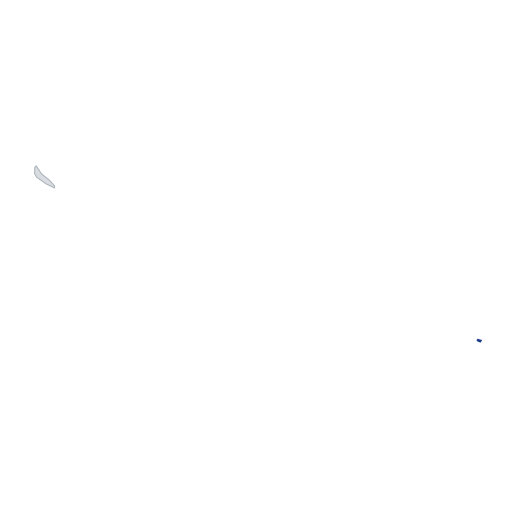 Potufale, Tuvalu shown in context, rotated 135°
{"feature_id": "33948139B14408350290705", "entity_name": "Potufale", "entity_type": "district", "adm_level": 2, "iso_a3": "TUV", "parent_name": "Tuvalu", "parent_adm1": "", "projection": "robinson", "projection_center": [178.678, -7.484], "detail": "fine", "context": "in_parent", "style": "filled", "palette": "blue", "viewbox_px": 512, "rotation_deg": 135, "n_neighbors": 0, "source": "geoboundaries", "source_scale": "gbopen_adm2", "svg_char_len": 683}
<svg xmlns="http://www.w3.org/2000/svg" viewBox="0 0 512 512"><g transform="rotate(135 256 256)"><path d="M354.3,470.8L349.5,475.2L347.7,475.1L349.6,465.7L348.5,456.0L348.8,448.2L350.4,446.7L353.5,455.7L355.4,466.9L354.3,470.8Z" fill="#d9dde1" stroke="#a8b0b8" stroke-width="1"/><path d="M159.2,39.6L159.1,39.3L159.0,39.2L158.9,38.9L158.8,38.5L158.7,38.3L158.6,38.1L158.6,37.9L158.5,37.7L158.3,37.3L158.1,37.2L157.9,36.8L157.7,36.9L157.3,37.0L157.1,37.1L156.8,37.0L156.6,37.1L156.9,37.5L157.3,38.4L157.6,38.8L157.8,39.2L158.0,39.4L158.2,39.8L158.2,40.0L158.4,40.0L158.4,39.9L158.5,39.9L158.8,39.8L159.0,39.7L159.2,39.6Z" fill="#3b82f6" stroke="#1e3a8a" stroke-width="1.5"/></g></svg>